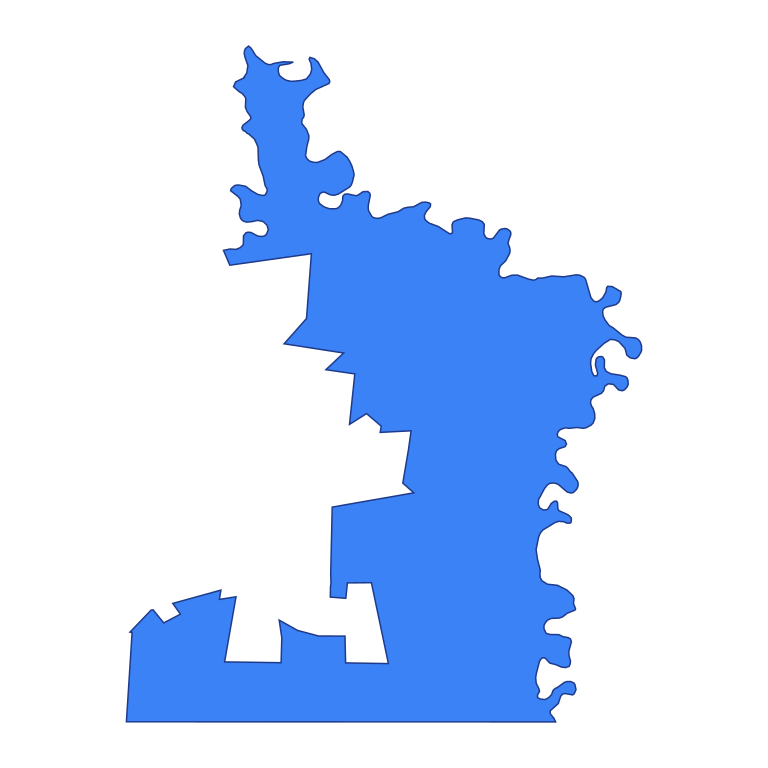 Benemérito de las Américas, Chiapas, Mexico
{"feature_id": "50627088B65687353920950", "entity_name": "Benemérito de las Américas", "entity_type": "district", "adm_level": 2, "iso_a3": "MEX", "parent_name": "Mexico", "parent_adm1": "Chiapas", "projection": "orthographic", "projection_center": [-90.543, 16.339], "detail": "fine", "context": "isolated", "style": "filled", "palette": "blue", "viewbox_px": 768, "rotation_deg": 0, "n_neighbors": 0, "source": "geoboundaries", "source_scale": "gbopen_adm2", "svg_char_len": 6084}
<svg xmlns="http://www.w3.org/2000/svg" viewBox="0 0 768 768"><path d="M223.5,250.4L229.8,265.2L311.4,253.7L306.5,318.5L284.1,343.8L343.6,353.0L325.9,369.7L354.8,373.9L349.5,424.4L366.5,413.6L381.2,426.1L380.2,432.4L411.1,430.8L408.5,449.4L402.8,483.1L413.8,492.8L332.2,507.1L330.7,574.1L331.0,582.9L330.5,586.6L330.3,597.1L345.8,598.3L347.4,582.9L371.4,582.7L388.4,663.6L345.6,662.9L345.0,636.1L318.6,636.0L297.5,630.4L279.2,620.1L281.8,637.9L281.1,662.7L224.6,661.9L236.0,596.8L219.4,599.4L220.9,590.1L172.8,603.4L180.4,614.2L163.7,622.9L153.1,609.8L151.1,610.1L130.0,632.1L132.1,632.5L126.4,721.8L555.6,721.9L553.9,718.2L550.3,713.9L550.3,710.7L558.3,703.5L560.7,696.2L562.5,694.2L564.7,693.5L572.7,694.9L574.2,693.8L576.0,689.6L574.9,684.4L573.9,683.0L570.5,681.5L566.6,681.6L564.2,682.5L557.5,687.4L555.1,688.5L553.1,690.4L551.5,694.7L548.8,697.5L546.0,699.2L544.1,699.5L539.9,698.9L537.5,697.4L537.5,695.1L539.5,691.4L539.1,689.2L536.2,683.2L535.7,677.8L536.3,673.6L539.4,661.7L540.9,659.0L542.6,657.8L544.4,657.9L545.8,658.7L549.8,663.1L555.7,664.6L561.5,667.1L565.5,667.6L569.1,666.4L570.2,663.8L570.5,661.0L569.0,655.6L568.8,651.4L571.4,641.8L570.4,638.9L568.2,637.6L563.1,636.7L558.7,634.6L550.0,634.5L546.1,633.3L544.0,628.8L544.0,625.4L545.4,622.7L547.6,620.1L551.2,618.4L559.1,618.1L562.5,616.9L567.3,613.2L574.5,610.3L575.4,609.7L575.5,608.6L573.5,603.6L574.0,598.6L572.9,595.7L567.0,590.1L557.5,585.3L547.4,584.2L541.9,580.7L540.3,577.7L539.9,574.2L540.3,570.2L537.4,558.8L536.1,549.6L538.6,537.1L540.2,533.3L542.8,530.0L555.1,522.5L558.8,521.3L564.0,521.8L566.8,523.1L570.2,523.1L571.1,522.2L571.4,519.4L571.1,517.6L568.1,514.8L558.8,510.6L557.9,508.9L557.5,502.5L556.4,501.1L554.1,501.3L551.2,503.5L547.6,509.4L543.6,510.1L540.0,508.1L539.3,507.2L538.2,503.9L538.5,499.7L544.6,488.4L547.2,485.1L549.8,483.3L554.2,483.0L558.0,484.2L567.2,492.0L570.8,493.0L573.0,492.7L574.6,491.3L576.6,489.3L578.0,486.3L578.1,483.1L577.5,481.2L572.1,473.0L570.0,471.3L568.1,468.6L566.0,466.6L558.7,464.2L555.9,460.1L555.4,454.3L556.5,450.7L559.4,448.5L565.0,446.7L566.5,444.2L565.2,440.6L557.9,436.8L557.2,434.7L558.2,431.6L560.6,429.4L565.4,427.8L569.4,428.3L577.0,427.5L583.1,428.3L586.3,427.7L591.1,425.1L593.2,422.9L594.8,418.6L594.7,413.7L593.1,408.4L591.5,406.0L590.5,402.9L591.0,399.8L593.1,397.1L601.4,393.3L603.5,390.9L604.8,386.2L608.3,383.8L613.5,384.4L618.5,389.9L621.4,390.6L622.5,390.7L624.7,389.7L627.1,386.9L627.8,385.3L628.2,384.1L627.9,380.2L627.1,378.1L625.7,376.7L620.2,375.2L610.7,373.7L606.3,371.4L604.3,367.6L604.5,359.9L602.9,357.2L601.6,356.5L598.6,356.8L597.1,357.8L596.1,359.3L595.4,365.1L597.7,373.5L596.8,375.9L593.9,375.8L591.8,371.6L590.6,363.3L591.0,358.8L593.4,354.0L596.1,350.6L604.0,343.4L610.4,339.4L614.7,339.8L618.8,341.6L625.0,348.4L626.8,355.1L630.1,357.8L634.5,358.7L636.4,358.3L638.5,356.3L641.1,351.9L641.6,350.3L641.5,345.7L640.3,342.1L638.4,339.6L635.5,337.9L625.9,337.2L621.9,335.0L613.1,327.8L609.2,325.6L604.9,319.7L603.1,315.8L602.6,311.2L603.6,308.7L605.8,307.2L615.9,304.6L618.6,302.4L619.6,300.8L620.7,296.9L621.2,293.2L620.8,291.6L612.3,286.6L607.8,286.3L606.7,287.6L605.9,292.1L602.6,297.9L599.7,300.4L597.4,301.6L595.8,301.8L593.4,300.8L590.9,297.5L585.6,279.4L584.2,277.4L579.9,275.2L576.4,274.8L563.9,276.8L551.7,276.0L542.5,278.1L537.7,278.1L535.9,279.6L533.5,280.2L528.5,279.1L517.5,275.1L511.9,275.2L504.4,277.9L501.9,277.6L500.1,276.5L499.0,274.6L499.0,269.6L500.4,265.9L505.7,260.8L509.6,253.5L510.1,251.3L509.8,248.1L508.1,243.5L508.8,240.0L510.8,234.7L510.7,232.2L509.8,230.8L507.1,228.9L505.1,228.5L501.3,229.1L499.5,230.0L493.4,238.1L491.4,238.9L488.2,238.8L485.8,237.5L483.8,233.7L484.3,224.3L482.3,221.7L478.6,219.9L469.9,218.2L465.7,217.9L458.1,219.7L454.0,221.4L453.0,222.4L452.0,224.9L452.5,232.2L452.0,233.2L450.9,233.7L449.1,233.5L438.1,226.4L429.1,223.1L425.7,220.3L424.6,218.5L424.4,215.3L426.3,211.5L430.3,206.7L430.6,204.0L429.3,202.9L425.6,202.1L421.7,202.4L413.5,206.8L407.6,207.3L403.7,208.2L398.2,211.7L387.9,214.3L380.8,217.8L377.2,218.4L373.4,217.7L371.7,216.2L368.7,211.0L368.2,208.6L368.3,205.4L370.3,195.3L369.7,193.1L367.8,191.5L363.0,191.7L357.9,195.2L355.8,195.7L347.4,193.9L344.5,194.3L342.9,196.2L342.5,200.8L340.7,205.3L338.0,207.9L336.0,208.7L329.7,208.8L324.7,207.2L322.6,205.9L319.4,203.4L318.3,200.6L318.4,197.4L320.1,193.4L323.0,192.1L324.6,192.2L330.0,194.7L332.2,195.1L334.7,195.2L338.2,194.1L349.7,187.0L351.3,184.9L352.4,182.0L354.1,175.0L353.5,171.4L351.8,165.7L349.7,161.3L347.1,157.2L340.7,151.8L339.5,151.4L337.2,151.6L331.8,154.4L324.9,159.6L317.5,162.4L314.0,162.4L309.5,161.1L306.9,158.5L305.5,155.8L307.0,145.8L308.7,139.5L308.9,135.8L306.5,129.5L302.0,123.7L301.7,122.6L302.1,119.3L303.7,117.0L304.2,114.9L302.8,106.8L303.5,102.5L304.4,100.5L310.4,93.9L315.9,89.4L329.0,83.5L329.8,81.6L329.2,79.5L323.9,72.7L318.0,62.0L314.2,58.7L309.9,57.4L309.1,59.2L311.0,63.5L311.7,69.5L310.4,74.0L306.5,78.9L301.5,80.4L294.2,81.2L290.7,81.3L286.1,80.2L282.8,78.3L279.4,75.4L278.3,71.4L278.4,67.5L279.9,65.3L289.1,63.8L293.3,62.1L282.9,61.8L273.4,63.5L271.0,64.6L268.0,64.5L264.7,62.9L255.6,55.5L252.4,50.1L250.4,47.5L248.5,46.1L245.4,48.6L244.5,50.9L244.2,53.5L244.8,56.6L247.9,65.6L246.7,73.1L243.9,77.3L244.3,77.7L235.6,81.9L233.5,86.7L239.3,91.8L242.2,93.5L244.9,96.6L245.8,98.6L245.4,107.4L247.3,111.9L250.7,116.6L250.8,118.2L250.7,118.9L248.7,120.8L243.0,125.2L241.9,127.7L242.4,129.4L243.5,130.6L245.6,131.6L247.0,133.2L248.7,134.0L253.3,138.0L254.5,139.3L256.9,144.3L258.0,147.3L258.4,160.6L259.2,165.5L263.1,175.8L265.1,185.5L267.0,188.8L267.1,191.3L265.4,194.7L264.1,195.3L262.0,195.4L257.8,194.4L251.7,190.9L245.6,186.3L238.8,185.0L235.7,185.2L234.0,186.0L231.3,188.5L230.6,190.7L237.8,196.3L240.3,199.3L241.2,205.5L239.7,210.3L239.3,214.0L240.5,218.2L241.9,220.1L244.0,221.4L246.6,222.1L251.8,221.7L257.4,220.4L262.3,221.3L263.8,222.1L267.0,225.2L268.3,229.7L266.4,234.4L264.5,235.9L261.8,236.5L257.9,236.1L250.8,232.4L247.8,232.2L245.8,232.9L243.5,235.8L243.3,244.7L240.1,247.7L235.9,249.4L229.9,249.0L223.5,250.4Z" fill="#3b82f6" stroke="#1e3a8a" stroke-width="1.5"/></svg>